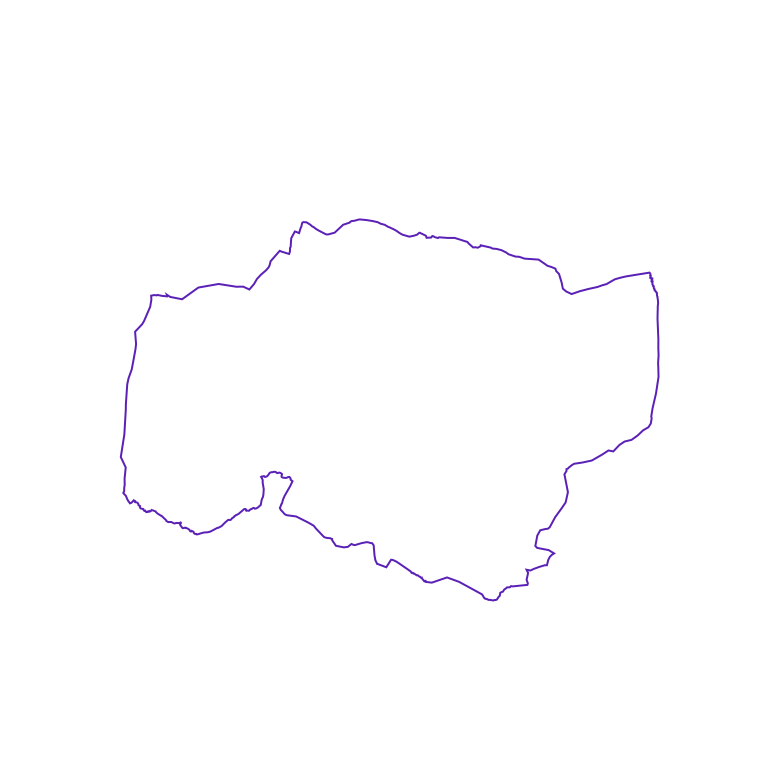 Hjartdal nor, Telemark, Norway (Albers equal-area conic projection), rotated 125°
{"feature_id": "86288312B76434721018946", "entity_name": "Hjartdal nor", "entity_type": "district", "adm_level": 2, "iso_a3": "NOR", "parent_name": "Norway", "parent_adm1": "Telemark", "projection": "albers", "projection_center": [8.717, 59.692], "detail": "fine", "context": "isolated", "style": "outline", "palette": "violet", "viewbox_px": 768, "rotation_deg": 125, "n_neighbors": 0, "source": "geoboundaries", "source_scale": "gbopen_adm2", "svg_char_len": 6154}
<svg xmlns="http://www.w3.org/2000/svg" viewBox="0 0 768 768"><g transform="rotate(125 384 384)"><path d="M445.2,625.4L448.4,622.9L454.9,619.8L469.9,616.7L473.7,616.4L483.9,617.9L493.5,610.0L498.3,607.4L516.5,599.1L525.9,596.5L531.6,594.1L548.7,583.8L553.4,580.6L574.2,567.8L594.8,557.7L600.5,547.7L610.2,542.3L615.6,538.4L617.8,537.4L621.3,535.1L622.1,535.3L622.9,534.9L623.7,531.2L625.6,528.3L626.6,526.1L626.8,525.9L627.0,524.7L627.5,523.7L626.4,522.9L625.4,522.6L622.8,522.3L622.8,521.8L623.0,521.4L622.7,520.9L622.7,520.6L623.5,520.1L622.8,518.5L622.7,517.7L622.8,517.3L623.2,516.4L624.0,515.7L623.9,513.8L624.7,513.6L625.2,512.9L625.5,512.0L624.5,509.4L625.1,508.6L625.4,507.6L625.3,507.2L624.7,506.9L625.3,505.3L624.1,503.9L623.7,504.0L623.7,503.8L622.9,503.5L623.1,503.2L622.9,502.7L621.7,502.1L620.5,502.1L619.7,499.3L619.4,498.0L619.8,497.0L620.0,495.3L619.8,490.9L619.6,490.7L620.5,484.6L621.0,483.7L620.9,481.6L619.3,479.5L619.0,478.9L618.7,476.4L618.4,475.6L616.8,474.3L615.5,472.0L614.1,471.2L614.3,470.6L615.7,470.6L616.1,470.4L616.5,469.8L617.5,466.8L617.5,466.1L617.1,465.6L615.7,464.5L615.7,463.7L615.3,463.4L615.0,461.1L615.0,459.9L615.1,459.5L615.6,458.8L615.7,458.2L615.5,457.4L614.6,457.3L614.3,455.3L615.1,454.3L615.3,453.3L614.9,452.1L614.5,451.8L614.7,451.3L613.9,450.3L609.9,447.2L608.4,445.7L606.6,443.4L604.5,441.6L597.3,437.9L596.8,437.2L595.2,436.4L593.6,435.6L588.5,434.7L584.7,433.7L584.3,433.2L583.7,432.0L582.7,431.5L581.2,431.5L579.3,430.7L578.0,430.7L577.2,430.2L576.3,430.1L575.7,429.6L573.7,428.6L566.7,426.8L565.9,425.9L565.9,425.2L566.6,424.6L566.8,424.1L566.1,423.4L565.4,422.0L563.3,421.5L563.0,421.2L560.3,419.8L560.1,419.1L560.2,418.2L559.3,417.4L557.6,416.5L553.7,415.6L549.7,417.5L548.1,418.0L545.9,418.4L543.7,419.4L539.1,422.2L534.4,426.8L532.5,428.1L531.9,428.7L530.6,431.4L529.9,431.1L529.4,430.4L528.6,429.8L528.3,429.4L528.4,428.2L527.2,427.1L525.3,426.6L522.5,426.7L521.7,426.3L520.9,425.7L520.4,424.9L519.6,424.3L518.5,423.0L518.2,422.3L518.3,420.5L517.8,419.8L517.0,419.4L516.4,418.4L516.2,417.4L516.3,415.8L518.3,415.1L518.8,414.6L518.9,414.0L518.8,413.4L517.6,411.0L516.6,409.9L515.3,409.2L514.4,408.2L514.8,406.6L516.0,405.4L516.1,403.2L521.3,402.3L532.4,401.3L536.0,400.6L540.7,399.0L541.3,399.2L542.8,398.7L545.3,398.2L546.1,396.7L546.5,395.6L546.8,393.7L547.4,391.7L547.6,390.3L547.2,388.3L542.9,380.0L541.0,367.0L540.4,360.3L541.4,357.0L543.7,345.7L543.6,344.5L542.5,341.7L541.8,340.8L541.6,340.2L541.2,339.7L541.1,338.9L540.7,337.6L541.7,336.9L544.1,330.5L540.8,323.1L538.1,320.2L533.7,318.9L533.1,316.0L532.5,315.3L527.1,311.0L523.5,307.5L522.6,305.8L522.0,303.8L521.2,302.4L522.1,299.9L529.8,293.5L532.5,290.8L533.5,289.7L534.8,287.2L535.3,286.8L532.8,277.0L523.9,277.4L523.2,276.2L522.7,274.0L522.4,271.8L522.3,268.5L522.2,256.0L522.3,255.9L522.2,255.7L522.2,255.2L522.4,254.0L522.9,253.1L522.4,252.6L522.4,251.4L522.1,251.4L522.0,250.7L522.0,248.6L521.9,247.3L521.3,246.7L521.5,244.4L521.2,243.6L521.5,242.7L521.3,242.1L521.0,241.9L521.5,241.3L522.5,237.8L521.8,237.5L521.4,237.0L522.1,236.2L519.3,230.9L506.3,221.4L503.0,209.0L500.1,183.0L501.8,179.2L501.7,178.7L501.9,177.9L501.1,176.4L501.1,175.9L500.9,175.2L501.0,174.7L500.1,173.5L498.6,170.2L497.7,169.7L497.3,169.3L496.9,168.6L495.8,167.9L492.7,168.0L491.6,167.7L490.6,167.9L488.3,169.0L486.8,168.2L485.9,167.5L483.2,167.6L481.6,166.9L480.1,166.6L478.3,164.3L476.7,164.0L475.9,162.4L466.3,151.3L464.8,151.8L462.6,154.9L456.1,157.6L454.4,160.7L452.8,157.1L449.5,155.2L444.9,152.0L440.3,148.4L439.0,146.6L433.7,148.6L430.5,149.0L427.9,148.6L425.2,147.5L425.6,153.8L430.4,164.5L429.9,167.1L420.2,171.5L414.2,172.1L410.2,168.6L408.5,166.7L406.2,166.1L394.8,167.4L384.1,167.2L376.8,167.3L367.1,171.3L354.5,184.4L350.6,184.6L349.1,185.7L347.7,184.8L346.5,184.7L342.5,183.5L340.3,182.5L334.3,176.2L327.5,169.9L316.9,164.9L309.7,162.0L307.7,157.5L298.9,156.2L293.1,153.9L287.8,149.2L280.7,146.7L273.4,145.2L267.7,142.6L263.3,142.8L258.7,145.0L257.2,146.5L249.8,150.1L235.9,155.7L220.7,163.2L213.1,168.8L209.6,171.5L202.9,175.6L197.5,179.7L190.0,184.9L173.5,197.5L163.0,204.5L160.7,205.7L157.4,208.4L156.5,209.5L155.6,210.0L155.1,211.0L154.0,211.9L153.0,212.4L152.8,213.5L152.4,213.8L152.4,214.6L151.8,215.5L151.8,215.8L152.0,216.1L150.9,217.1L151.1,217.3L150.7,218.0L150.2,218.5L149.3,219.0L149.4,219.7L149.0,219.9L149.0,220.2L148.7,220.6L148.5,221.2L147.1,222.1L146.9,222.9L146.6,222.9L146.8,223.1L146.6,223.6L146.1,223.5L146.1,223.9L145.9,224.1L144.8,224.1L143.6,224.7L143.8,225.2L143.8,225.7L144.2,225.8L143.9,226.3L144.4,226.6L144.4,226.8L143.8,227.2L143.1,227.1L142.4,228.2L141.9,228.0L141.7,228.4L141.1,228.9L140.6,230.0L140.5,230.4L149.4,239.6L157.1,247.5L161.8,251.7L165.9,255.0L174.5,259.0L177.9,261.8L182.1,264.8L189.3,271.4L195.8,276.9L202.7,281.9L203.7,287.8L203.3,292.2L199.0,296.7L193.5,303.7L192.7,307.7L191.2,309.8L192.2,314.2L193.4,317.9L193.4,328.7L200.7,340.8L202.2,346.1L204.3,349.6L206.3,356.5L206.2,359.6L207.0,364.5L208.7,369.1L210.9,373.0L211.0,374.7L214.9,384.3L215.7,383.9L218.5,385.3L219.6,387.6L221.0,389.3L220.4,394.9L219.8,397.1L223.8,409.9L227.7,415.4L232.2,423.0L233.5,423.5L233.9,424.8L234.5,426.3L234.8,428.9L235.1,429.3L237.0,429.4L239.8,433.0L238.6,434.6L238.6,435.3L239.6,441.5L240.0,441.9L242.6,442.5L245.2,444.4L248.8,447.8L251.1,454.6L251.4,457.6L251.4,461.8L251.8,465.5L252.3,467.9L252.4,469.0L252.9,470.7L253.2,474.8L254.6,478.6L255.1,482.1L257.0,486.7L259.6,492.1L263.0,498.1L264.1,499.3L267.1,501.7L269.0,503.9L270.5,504.7L271.5,504.7L277.0,508.8L288.3,511.2L293.6,515.6L294.7,517.4L295.8,525.9L296.0,529.1L295.8,531.4L296.1,533.2L295.8,535.6L296.0,540.2L297.6,542.8L298.5,543.4L299.4,543.3L302.4,542.0L304.3,541.7L309.1,540.1L309.8,543.4L310.2,544.5L317.8,543.6L325.1,539.2L326.4,539.0L329.5,537.0L331.9,536.3L334.3,543.8L334.7,545.8L348.5,547.3L352.1,545.9L354.6,545.4L358.8,545.9L365.0,547.5L370.9,548.3L376.7,547.8L383.8,548.5L385.0,555.1L389.1,560.9L396.9,576.8L411.5,591.4L430.4,598.0L435.3,609.1L435.4,613.0L435.9,612.2L436.6,611.9L439.2,616.5L439.8,618.0L440.7,619.9L440.7,620.3L441.9,621.2L441.9,621.5L443.1,623.4L445.2,625.4Z" fill="none" stroke="#5b21b6" stroke-width="2"/></g></svg>